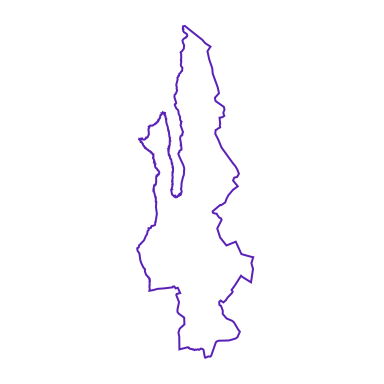 Eid nor, Sogn og Fjordane, Norway (orthographic projection), rotated 87°
{"feature_id": "86288312B38432559775747", "entity_name": "Eid nor", "entity_type": "district", "adm_level": 2, "iso_a3": "NOR", "parent_name": "Norway", "parent_adm1": "Sogn og Fjordane", "projection": "orthographic", "projection_center": [5.985, 61.929], "detail": "fine", "context": "isolated", "style": "outline", "palette": "violet", "viewbox_px": 384, "rotation_deg": 87, "n_neighbors": 0, "source": "geoboundaries", "source_scale": "gbopen_adm2", "svg_char_len": 6101}
<svg xmlns="http://www.w3.org/2000/svg" viewBox="0 0 384 384"><g transform="rotate(87 192 192)"><path d="M111.2,155.2L108.6,155.8L102.5,163.6L100.7,164.0L99.1,164.2L94.8,159.9L89.0,160.8L74.9,165.1L69.5,165.3L60.3,167.9L52.2,169.2L47.8,165.9L44.1,171.0L40.6,173.7L25.8,190.5L26.1,192.3L28.2,192.6L28.3,192.3L29.1,192.0L29.5,192.5L30.9,192.3L31.9,191.7L33.9,189.0L35.6,188.5L36.8,189.2L37.0,189.9L37.5,190.0L37.9,191.2L38.8,192.5L39.9,193.4L40.5,193.6L42.6,193.2L44.9,192.2L48.5,192.7L51.3,195.0L51.6,195.8L52.0,196.1L54.1,195.5L55.3,195.8L57.2,195.6L58.9,196.1L59.9,195.8L60.1,195.9L59.7,196.1L60.2,196.2L61.6,195.9L64.2,196.5L65.7,196.3L67.4,195.1L69.6,195.4L70.6,195.6L71.2,196.5L72.3,197.2L73.3,198.5L74.9,198.9L75.3,199.5L75.7,199.3L77.1,200.6L79.0,200.5L83.7,202.0L85.1,202.1L86.2,201.7L88.1,202.0L89.1,201.6L89.9,201.6L92.9,203.0L94.0,204.2L96.2,204.6L102.3,203.1L103.1,203.7L103.5,204.6L104.1,204.7L107.7,203.3L109.2,201.9L110.3,201.4L113.3,201.2L116.5,199.9L117.1,200.2L119.7,199.9L121.3,198.8L121.9,199.4L123.3,199.3L124.2,199.9L124.8,199.9L131.9,197.8L133.1,198.6L134.4,198.6L134.6,199.1L135.0,199.2L135.0,199.5L135.6,200.4L137.8,201.1L143.9,200.4L143.9,200.7L144.6,200.8L144.6,200.4L148.9,200.2L149.2,200.4L149.9,201.8L150.8,202.6L151.7,202.6L152.1,203.2L153.2,203.7L156.0,202.8L164.9,199.2L167.9,198.5L174.3,199.2L177.5,200.5L182.8,202.0L186.5,202.3L188.6,202.9L189.7,202.4L191.4,202.4L192.3,202.7L192.6,203.3L192.8,203.3L192.6,203.2L192.5,202.8L193.1,203.0L192.8,203.7L193.2,204.4L194.3,203.7L195.1,205.2L194.5,205.6L195.6,206.9L196.2,207.0L196.4,207.6L196.4,208.4L196.3,208.7L195.9,208.7L195.8,209.1L196.1,209.2L195.4,210.2L195.1,210.2L194.8,208.9L195.0,208.5L194.9,208.6L194.7,208.9L195.0,210.4L193.5,212.0L189.0,212.7L188.5,212.6L188.3,211.7L187.4,212.1L186.0,211.5L183.5,211.3L183.5,210.9L182.8,210.8L181.8,211.1L180.1,210.9L180.0,211.3L176.7,210.5L173.4,210.7L172.5,210.3L171.5,210.5L171.5,210.2L169.5,209.8L166.8,209.7L166.5,209.8L166.4,210.1L165.7,209.8L163.4,210.4L162.5,210.3L162.5,210.7L158.9,211.0L158.1,211.2L157.9,211.7L157.4,212.0L154.8,212.3L154.6,212.8L153.7,212.8L153.7,213.2L149.2,213.5L149.2,213.1L148.3,213.2L147.3,212.6L146.9,212.7L146.9,213.0L146.2,212.4L145.0,212.2L145.0,212.6L144.6,212.4L144.6,212.0L143.2,211.7L140.2,211.6L139.6,211.4L139.6,211.1L138.7,211.4L137.2,211.1L137.2,211.4L136.3,211.3L135.1,211.8L134.2,211.6L133.3,211.9L131.6,211.8L129.5,212.1L129.5,212.5L125.7,212.8L122.9,213.7L119.7,214.1L117.7,213.9L117.7,214.3L114.4,214.6L113.9,214.8L113.9,215.2L111.9,214.9L111.9,215.3L111.5,215.3L111.4,216.2L110.9,216.9L111.8,217.2L111.8,218.0L112.3,217.7L112.3,218.1L113.4,218.8L113.5,219.4L116.7,220.3L116.7,220.6L119.1,221.8L118.9,222.2L120.0,222.4L120.4,223.3L120.9,223.5L120.8,224.0L121.8,224.6L121.9,225.2L122.2,225.2L123.1,227.2L123.6,227.8L123.5,230.3L124.0,231.1L124.2,230.5L124.2,230.9L125.5,231.3L125.5,231.7L127.2,232.2L132.1,232.0L134.9,233.5L135.0,234.1L135.4,234.3L135.4,234.8L135.7,234.7L136.2,235.6L136.7,235.8L137.2,237.1L137.1,237.8L136.6,239.2L135.9,239.2L135.9,240.2L136.3,241.0L136.1,241.9L136.5,242.0L136.8,242.0L137.2,241.3L137.7,240.9L139.2,240.7L139.2,240.0L139.6,239.9L140.0,239.3L140.9,239.1L141.2,238.6L142.9,238.3L143.4,237.6L144.5,237.2L144.6,236.8L145.5,236.7L145.7,235.8L146.7,235.3L147.4,233.9L147.7,233.9L147.9,233.4L148.5,233.1L149.2,231.5L150.0,231.3L149.9,231.1L150.1,230.6L150.6,230.6L151.1,229.8L152.3,229.3L152.3,228.9L152.6,229.0L152.8,228.6L155.2,228.7L155.2,229.0L156.2,229.2L157.2,228.5L159.2,227.9L160.1,227.8L160.0,228.4L160.6,228.5L161.1,227.9L162.4,227.6L162.4,227.2L163.7,227.6L165.3,227.3L165.8,227.1L166.8,225.9L168.3,225.2L168.4,224.8L169.1,224.5L169.6,224.0L170.9,223.6L172.6,224.2L172.9,224.5L172.8,225.2L173.6,225.4L173.6,225.9L174.0,226.0L173.8,226.5L175.2,227.0L180.7,227.3L182.5,227.8L182.4,228.1L182.6,228.5L183.2,228.7L183.2,229.1L183.7,229.1L183.7,229.5L186.5,230.2L187.8,230.4L187.8,230.0L189.4,230.4L189.6,229.9L195.6,228.8L195.6,228.4L199.7,228.7L200.1,228.6L200.1,228.2L201.4,228.3L205.0,228.8L211.8,228.2L220.0,229.9L220.0,230.2L222.9,230.6L223.8,232.6L223.7,233.8L224.1,234.5L225.5,234.8L225.9,235.2L225.9,237.3L227.6,237.2L228.7,238.4L231.6,239.0L233.7,240.5L237.3,242.2L238.5,243.2L240.6,245.6L241.4,246.2L242.0,247.2L242.8,247.8L244.5,248.1L244.8,248.4L245.1,249.5L245.8,249.7L248.2,249.3L249.7,248.2L251.1,247.7L257.2,247.2L260.6,246.3L265.0,244.4L266.7,242.9L267.4,243.2L269.2,243.1L272.4,242.1L273.3,241.1L275.1,240.0L275.1,239.6L276.7,239.2L276.7,238.8L278.8,238.7L278.9,239.1L283.0,239.1L283.6,239.5L286.8,239.3L288.4,239.7L288.0,236.3L286.9,231.2L286.8,224.9L286.2,216.4L285.6,216.2L285.3,215.0L285.8,214.3L287.4,213.4L286.9,211.2L292.3,209.1L293.0,212.6L294.1,213.1L301.3,210.7L308.3,212.6L310.9,212.8L312.8,211.7L317.0,206.4L323.8,206.5L327.8,211.4L331.7,212.9L335.6,212.3L348.5,212.8L346.8,204.2L347.1,204.0L347.3,203.2L347.9,203.2L348.3,202.5L348.7,201.4L348.7,200.8L349.1,200.1L349.0,199.4L349.5,199.0L349.5,198.5L350.0,197.6L349.5,197.0L349.8,196.2L349.4,194.4L350.0,193.4L349.6,192.8L349.3,191.8L348.9,191.5L349.1,190.8L349.0,190.3L350.1,188.8L357.8,187.8L358.2,187.2L357.0,184.3L357.4,182.8L357.0,181.9L356.5,181.4L344.0,176.3L343.3,176.0L342.3,174.6L341.9,173.1L342.2,163.1L340.9,157.2L340.3,155.5L339.3,154.2L334.0,151.5L331.7,153.1L324.4,156.9L322.7,158.7L320.1,164.1L315.4,167.7L312.0,167.5L307.2,169.0L306.3,170.5L303.2,170.6L301.9,169.1L303.9,166.4L301.8,163.8L299.3,162.0L295.0,157.4L293.6,156.6L291.9,157.6L287.6,154.1L278.2,147.4L279.2,146.5L285.3,137.8L272.0,135.1L266.3,136.4L260.3,134.3L259.4,137.6L256.6,145.9L243.9,150.9L247.2,160.4L238.9,166.3L229.7,168.7L221.4,163.9L219.9,164.4L218.9,166.2L217.0,167.5L215.0,168.5L214.6,170.4L213.9,172.1L213.5,172.3L212.4,172.4L206.4,164.5L206.7,163.6L204.1,159.3L200.2,157.7L197.0,155.7L192.0,151.0L188.7,146.0L182.7,150.4L179.9,149.1L179.3,146.1L176.2,144.2L172.0,145.6L168.9,147.1L165.5,149.6L149.1,160.2L141.1,163.0L135.2,165.7L131.4,165.2L130.8,163.8L130.1,163.0L129.0,160.5L126.9,160.8L125.6,160.3L119.2,160.6L118.9,157.8L117.7,155.8L114.7,156.6L111.2,155.2Z" fill="none" stroke="#5b21b6" stroke-width="2"/></g></svg>